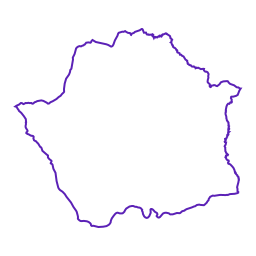 Manja, Menabe, Madagascar (Mercator projection)
{"feature_id": "10022922B70385192089273", "entity_name": "Manja", "entity_type": "district", "adm_level": 2, "iso_a3": "MDG", "parent_name": "Madagascar", "parent_adm1": "Menabe", "projection": "mercator", "projection_center": [44.3, -21.407], "detail": "fine", "context": "isolated", "style": "outline", "palette": "violet", "viewbox_px": 256, "rotation_deg": 0, "n_neighbors": 0, "source": "geoboundaries", "source_scale": "gbopen_adm2", "svg_char_len": 5794}
<svg xmlns="http://www.w3.org/2000/svg" viewBox="0 0 256 256"><path d="M240.6,88.6L240.1,88.6L238.3,87.4L237.4,87.4L236.6,87.2L234.1,85.3L230.1,83.9L228.6,82.5L228.0,81.4L227.2,81.1L223.3,81.4L220.9,82.3L219.5,84.3L217.2,86.1L216.5,86.0L214.9,85.2L213.9,85.1L212.9,85.5L211.8,85.5L211.3,86.1L210.9,86.9L210.5,87.1L210.1,86.9L209.6,86.0L209.9,85.0L209.9,84.4L207.8,82.4L207.6,81.8L207.8,79.8L208.4,77.8L208.2,76.1L208.6,74.1L207.6,72.3L206.6,71.7L205.4,71.7L204.8,71.3L203.9,70.3L203.8,69.5L204.0,68.9L203.6,68.8L200.8,69.1L198.2,67.7L197.0,68.0L196.6,67.7L195.6,68.2L195.4,67.4L194.4,67.1L193.8,66.4L192.8,66.6L192.1,66.6L191.5,66.2L190.7,65.2L189.4,65.1L188.9,64.4L187.8,63.9L187.6,63.5L187.7,62.6L187.1,61.5L187.2,60.7L185.5,59.6L183.5,56.4L182.0,55.8L181.3,54.8L179.9,54.7L179.6,53.3L178.5,52.7L177.5,52.5L177.2,52.1L177.1,51.5L177.3,50.7L177.1,50.2L176.4,50.1L175.8,48.8L174.8,47.9L174.2,47.8L173.5,47.0L173.1,46.9L173.0,46.4L172.6,45.7L172.9,45.6L172.9,45.4L172.5,45.1L171.9,44.3L171.3,42.4L170.9,42.3L171.5,41.6L171.5,40.6L172.2,39.8L171.8,39.2L170.5,38.3L170.5,37.5L170.1,36.9L170.1,36.3L169.8,35.9L167.3,34.3L166.7,34.1L166.7,33.7L165.9,33.3L163.7,34.3L162.6,34.4L162.5,34.5L162.5,35.0L161.8,35.2L161.7,36.3L161.4,36.6L161.0,36.4L160.3,35.7L159.5,35.6L159.3,35.8L159.5,36.4L159.4,36.6L158.3,36.5L157.7,36.8L157.5,37.3L157.1,37.5L156.0,37.0L155.5,37.4L155.1,37.0L154.5,36.8L153.9,38.0L153.4,36.8L152.5,36.0L153.2,34.8L152.5,34.2L151.1,34.8L150.0,34.6L149.0,34.9L148.3,34.4L147.2,34.6L146.5,33.9L146.0,32.6L143.9,32.7L142.7,29.5L142.1,29.0L141.7,29.0L139.6,30.3L134.9,31.9L134.0,32.8L131.6,33.8L131.1,34.9L130.9,34.8L130.2,33.2L129.7,33.0L128.1,32.9L126.2,31.9L125.1,31.1L123.7,31.8L122.3,31.7L118.7,32.8L118.1,33.7L117.5,35.7L114.9,40.4L113.4,44.6L112.5,46.0L111.6,46.5L110.9,46.5L108.3,45.0L106.4,44.3L95.8,42.0L92.5,40.0L91.5,41.0L91.0,42.2L90.5,42.7L88.3,42.4L86.2,42.7L84.8,44.5L84.3,44.6L83.5,45.4L82.5,45.6L81.0,46.4L79.7,46.1L78.3,46.5L77.1,47.3L76.1,48.4L74.6,54.0L72.8,57.6L73.0,59.5L71.4,68.7L70.3,70.0L70.0,72.0L69.0,74.6L66.1,78.7L64.7,83.6L64.0,89.0L64.1,91.8L63.6,92.5L62.0,94.0L60.6,95.8L58.7,97.0L56.5,99.0L52.6,101.3L50.5,102.2L49.0,103.5L47.9,103.6L46.8,102.7L43.4,100.9L41.3,100.4L37.3,101.1L35.5,102.0L34.7,102.2L33.2,103.5L32.7,103.7L32.1,103.6L31.4,103.0L29.4,103.1L28.4,102.8L27.0,103.1L25.6,103.0L23.8,104.0L23.4,104.1L21.9,103.1L20.9,103.0L19.0,104.6L16.5,105.7L15.4,106.5L16.6,106.9L17.8,109.0L18.4,109.6L18.9,110.8L21.3,112.9L23.9,116.2L25.8,119.1L26.1,122.2L25.8,122.4L26.0,124.0L25.6,125.8L25.6,127.0L25.9,127.9L27.5,130.5L27.5,131.1L27.3,131.6L26.4,132.4L26.3,133.1L27.5,134.0L28.6,134.3L30.6,135.5L31.4,135.8L31.7,135.7L33.0,136.0L33.6,136.6L33.6,137.5L33.4,138.3L34.0,140.2L34.7,140.7L36.2,141.4L36.7,142.2L38.1,143.5L40.2,146.9L40.9,147.2L41.5,148.0L42.4,150.8L47.0,154.8L47.8,155.3L48.0,155.6L47.9,157.1L48.1,157.7L49.4,159.2L51.4,160.7L51.5,161.4L50.7,163.2L51.0,163.6L52.1,164.1L52.5,164.6L53.4,168.8L55.5,172.8L56.6,181.1L58.3,187.7L59.0,188.9L60.1,190.1L62.5,191.7L64.8,194.1L66.5,196.8L71.0,202.5L73.5,207.0L76.1,210.7L76.7,211.8L77.7,215.5L78.0,216.9L77.9,218.7L78.2,219.2L79.5,220.4L80.6,221.0L81.6,221.1L83.8,220.9L86.9,221.3L88.7,222.0L90.3,223.3L90.7,223.8L91.1,225.4L91.7,225.9L93.5,225.8L98.4,227.0L103.2,226.7L106.5,226.1L108.8,224.8L109.6,224.0L110.6,222.5L110.9,220.6L111.8,218.4L113.8,215.6L115.3,213.8L116.2,213.1L116.9,212.8L117.7,212.7L119.8,213.4L122.1,213.4L122.8,213.2L124.4,211.7L124.9,210.5L126.2,208.6L129.5,206.5L131.9,206.0L133.2,206.0L135.2,206.8L136.4,206.8L138.2,207.5L139.6,207.6L140.9,208.3L142.2,209.8L142.0,210.7L142.7,212.1L143.0,214.0L144.2,216.4L145.3,217.4L146.5,217.9L147.3,217.8L148.0,217.5L149.3,216.1L150.7,212.8L150.5,209.5L151.0,209.0L151.8,209.0L153.0,209.7L154.9,211.8L156.9,213.0L157.2,213.5L157.4,214.6L156.7,215.7L156.7,216.3L158.0,217.4L158.9,217.6L160.0,217.0L163.0,213.5L164.4,212.9L166.0,212.7L168.4,213.2L169.0,213.4L169.9,214.2L170.4,214.4L172.9,214.3L176.9,213.0L179.7,213.2L180.3,212.9L182.2,211.2L184.5,210.6L185.2,209.9L186.7,209.1L191.6,207.5L194.2,206.4L195.0,206.3L196.9,205.0L199.2,204.6L200.3,204.9L203.9,205.2L204.6,204.7L206.8,202.6L207.4,201.4L208.5,200.3L208.7,199.1L210.2,196.8L212.7,195.6L214.4,195.8L220.1,194.9L225.8,195.1L227.1,194.8L227.8,195.0L229.9,194.1L234.6,193.8L237.2,193.2L238.2,192.7L238.3,192.0L237.5,191.3L237.5,188.9L237.1,187.2L238.5,181.8L238.5,181.1L238.9,180.1L238.9,179.1L238.5,178.8L238.7,178.0L238.3,177.4L238.4,176.9L237.3,175.8L237.3,175.3L235.9,173.9L235.9,173.2L235.4,172.3L235.0,172.5L234.5,170.2L233.5,168.0L232.4,166.6L230.5,164.6L229.4,163.9L228.5,163.8L228.1,163.2L228.0,162.7L228.8,161.3L228.7,160.7L228.5,160.4L227.5,160.2L227.0,159.8L226.2,158.7L226.1,158.0L225.4,157.3L225.5,157.0L226.0,156.6L225.9,155.9L226.0,155.5L226.6,155.3L227.7,155.3L228.0,154.7L226.0,152.7L225.8,151.8L225.3,151.0L225.4,149.9L225.2,149.0L225.3,147.6L224.6,146.3L225.1,145.3L225.6,144.8L226.1,142.4L224.9,142.1L224.7,141.6L225.7,140.2L225.1,139.3L225.1,138.9L226.2,138.8L226.6,138.0L226.6,137.5L227.2,136.8L227.2,136.1L227.6,135.6L227.2,135.4L227.2,135.0L227.5,134.6L228.0,134.8L228.4,134.5L228.2,133.6L228.5,132.5L228.9,132.1L228.2,132.1L228.4,130.9L228.3,130.5L229.0,129.4L228.9,129.3L228.4,129.6L228.2,129.1L228.4,128.8L229.1,128.7L229.2,128.4L228.5,127.1L229.1,126.1L228.4,125.3L228.7,124.2L228.4,123.7L228.5,122.6L228.0,121.8L227.5,121.5L227.3,120.7L226.9,120.4L226.6,118.9L226.3,118.1L226.4,117.4L226.2,116.2L225.6,114.4L225.5,112.8L226.0,111.9L225.7,111.1L226.0,110.4L225.8,109.9L226.5,106.4L227.2,104.8L228.1,103.7L228.6,103.6L229.4,103.8L230.3,102.4L230.9,102.3L231.4,102.6L231.7,102.4L231.9,101.8L231.6,101.1L231.7,99.6L230.9,98.1L231.2,96.8L231.9,96.6L233.0,96.7L236.0,95.9L237.7,94.9L239.4,90.5L240.6,88.6Z" fill="none" stroke="#5b21b6" stroke-width="2"/></svg>